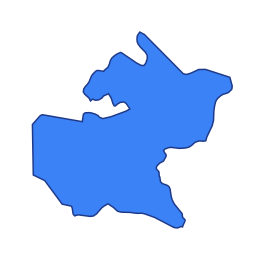 the border of Cotabato, rotated 101°
{"feature_id": "PHL-2579", "entity_name": "Cotabato", "entity_type": "Province", "adm_level": 1, "iso_a3": "PHL", "parent_name": "Philippines", "parent_adm1": "", "projection": "albers", "projection_center": [124.847, 7.21], "detail": "fine", "context": "isolated", "style": "filled", "palette": "blue", "viewbox_px": 256, "rotation_deg": 101, "n_neighbors": 0, "source": "natural_earth", "source_scale": "10m", "svg_char_len": 2185}
<svg xmlns="http://www.w3.org/2000/svg" viewBox="0 0 256 256"><g transform="rotate(101 128 128)"><path d="M70.1,33.5L73.8,36.0L74.9,37.5L77.0,41.4L78.9,43.4L81.5,45.4L83.5,46.5L85.8,47.0L89.1,47.2L94.5,47.0L104.3,45.5L109.8,45.8L121.8,48.9L125.7,49.2L126.5,51.2L127.0,55.1L127.6,56.8L129.3,59.5L131.1,60.9L132.9,62.2L134.9,64.2L136.1,66.4L137.0,68.9L138.2,73.8L138.7,81.2L139.1,83.3L140.0,85.2L141.5,87.6L143.4,88.8L145.4,87.2L146.8,85.6L148.3,85.2L149.9,85.6L153.8,86.9L156.4,90.2L159.6,92.3L161.7,92.7L163.2,91.9L164.1,90.5L165.3,89.2L169.5,88.1L170.0,87.4L172.4,86.6L174.6,85.8L176.0,83.6L176.8,78.5L177.7,76.6L180.0,75.0L186.5,72.7L189.9,71.1L193.7,68.1L202.2,58.0L202.2,57.9L202.4,58.3L204.0,57.8L205.6,57.0L206.1,56.4L206.4,55.6L206.9,54.8L207.7,54.3L209.0,54.4L213.1,55.4L214.7,55.6L214.6,57.2L216.3,59.6L216.9,61.6L216.8,64.3L210.7,84.8L209.1,95.2L209.0,98.1L210.1,103.2L210.5,110.0L211.9,118.5L211.7,122.3L211.0,123.6L208.8,127.0L206.7,132.0L206.3,133.2L208.7,136.1L211.3,138.5L218.4,142.6L221.0,145.2L222.0,148.3L222.7,159.8L223.5,162.1L224.2,163.0L224.4,163.6L223.2,165.2L222.0,165.8L217.4,167.4L216.2,168.2L215.5,168.6L215.3,178.1L195.5,199.7L192.2,212.0L142.8,222.5L132.8,216.6L131.3,214.8L130.5,174.1L123.0,174.4L121.3,173.0L120.3,169.1L120.2,166.4L120.6,162.9L121.5,159.8L122.8,158.3L123.6,154.6L120.2,146.9L112.7,134.6L112.4,134.2L111.8,133.1L108.9,129.8L104.2,134.5L103.2,137.0L104.3,140.4L106.4,142.8L108.8,144.7L108.9,145.8L107.0,147.4L106.9,147.4L101.5,150.4L101.5,150.5L98.1,153.7L101.1,158.0L103.8,159.5L106.0,162.2L107.0,165.3L106.4,168.3L107.5,169.1L108.6,170.0L106.1,171.9L102.9,177.2L101.0,178.8L100.9,178.8L98.1,178.9L95.4,177.8L92.9,176.2L90.4,175.1L84.1,173.8L81.6,172.7L78.4,170.5L77.5,169.4L77.2,168.0L77.1,166.7L77.1,162.6L76.2,162.5L72.2,159.3L68.9,158.5L65.4,158.2L62.6,157.3L60.2,155.6L57.6,153.1L55.3,149.9L55.5,148.4L62.5,132.1L64.0,127.2L63.7,124.4L61.2,123.0L56.4,122.3L53.0,123.0L50.3,125.4L46.4,131.1L43.9,133.9L42.3,135.0L41.7,135.4L39.3,136.1L36.0,136.5L34.3,135.9L31.6,134.8L31.6,134.7L33.1,129.7L64.2,84.1L64.3,80.8L62.2,76.8L57.1,69.8L55.7,63.2L58.8,37.7L66.9,33.7L70.1,33.5Z" fill="#3b82f6" stroke="#1e3a8a" stroke-width="1.5"/></g></svg>